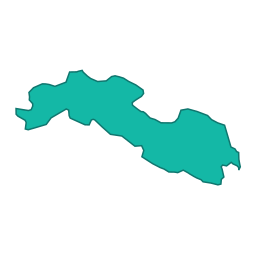 the district of Moungo, Littoral, Cameroon, rotated 269°
{"feature_id": "32672807B47378783864223", "entity_name": "Moungo", "entity_type": "district", "adm_level": 2, "iso_a3": "CMR", "parent_name": "Cameroon", "parent_adm1": "Littoral", "projection": "albers", "projection_center": [9.759, 4.725], "detail": "fine", "context": "isolated", "style": "filled", "palette": "teal", "viewbox_px": 256, "rotation_deg": 269, "n_neighbors": 0, "source": "geoboundaries", "source_scale": "gbopen_adm2", "svg_char_len": 1567}
<svg xmlns="http://www.w3.org/2000/svg" viewBox="0 0 256 256"><g transform="rotate(269 128 128)"><path d="M84.0,238.0L87.2,239.6L89.7,239.1L94.7,238.3L101.6,238.2L102.5,236.2L105.2,234.6L107.2,230.6L129.1,224.6L131.6,217.7L134.9,211.7L139.1,207.8L143.3,197.3L146.0,188.2L144.9,181.3L136.9,178.3L133.4,175.0L132.3,171.7L132.6,161.1L136.0,155.2L137.6,150.3L140.0,147.9L142.3,145.8L144.0,143.5L144.2,141.3L146.5,138.1L150.7,132.9L153.3,132.7L155.4,135.5L157.9,139.5L159.4,142.0L162.3,144.2L165.7,143.7L170.9,136.6L174.6,129.4L177.9,124.4L179.3,120.2L180.1,117.1L180.4,116.0L179.7,112.5L175.5,107.1L175.0,98.4L178.1,91.6L180.6,88.3L184.2,84.6L184.7,84.1L186.4,83.2L185.6,79.4L185.0,77.7L185.0,70.6L174.9,66.8L170.9,55.7L172.9,49.8L173.5,46.3L173.6,43.1L173.3,42.3L169.9,34.2L165.3,29.6L160.8,30.1L157.8,29.8L154.0,33.1L151.5,33.1L148.0,31.5L147.2,28.8L147.8,25.3L149.4,16.4L143.7,16.4L141.8,18.1L137.5,25.3L135.2,26.3L128.8,25.3L128.0,28.2L129.7,34.5L133.0,46.3L139.5,51.3L148.1,66.6L146.9,69.0L141.3,69.4L138.9,70.4L132.0,85.0L131.8,89.2L136.7,91.5L137.3,93.3L136.8,94.8L129.4,102.3L122.0,110.3L120.1,121.7L109.7,134.6L110.1,141.3L105.3,143.4L99.0,141.4L95.4,146.8L91.8,152.2L88.7,158.0L88.0,159.2L86.3,163.4L83.3,168.1L83.1,173.8L82.5,176.9L84.9,182.5L81.9,187.7L81.1,188.7L79.6,191.2L78.5,192.9L77.9,194.0L76.9,195.8L75.0,200.2L72.9,202.1L71.5,210.0L69.6,216.9L70.3,219.9L75.0,220.4L77.3,223.0L85.1,221.4L87.6,220.5L89.3,221.9L88.4,225.9L90.4,228.6L91.9,230.6L90.3,232.3L88.4,236.3L86.5,238.0L84.0,238.0Z" fill="#14b8a6" stroke="#0f766e" stroke-width="1.5"/></g></svg>